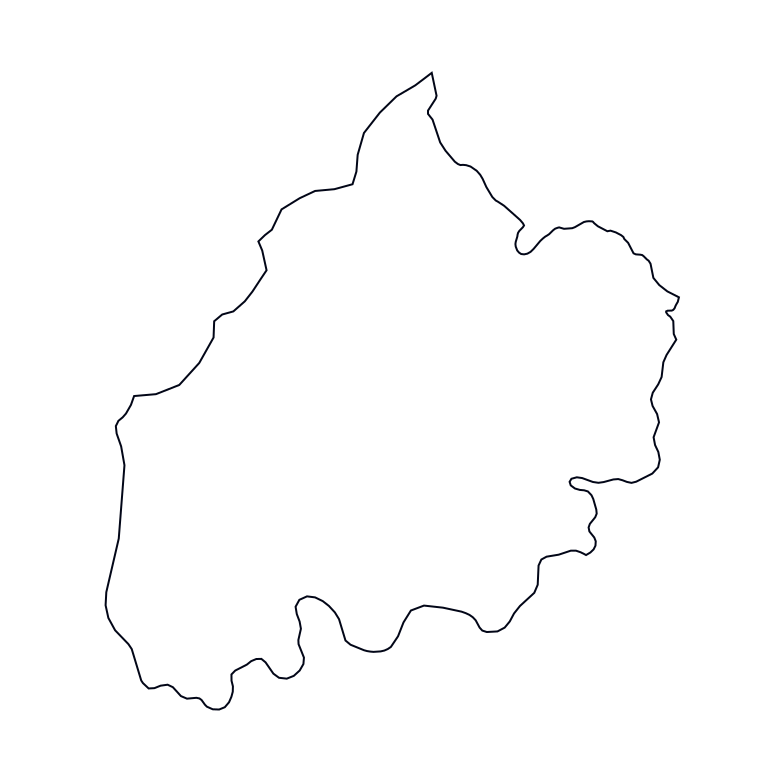 the border of Jammu and Kashmir, rotated 263°
{"feature_id": "IND-2431", "entity_name": "Jammu and Kashmir", "entity_type": "Union Territory", "adm_level": 1, "iso_a3": "IND", "parent_name": "India", "parent_adm1": "", "projection": "mercator", "projection_center": [75.016, 33.537], "detail": "fine", "context": "isolated", "style": "outline", "palette": "ink", "viewbox_px": 768, "rotation_deg": 263, "n_neighbors": 0, "source": "natural_earth", "source_scale": "10m", "svg_char_len": 3412}
<svg xmlns="http://www.w3.org/2000/svg" viewBox="0 0 768 768"><g transform="rotate(263 384 384)"><path d="M275.2,648.5L267.9,645.9L262.4,639.4L256.3,622.4L255.7,617.6L257.2,613.2L259.4,609.0L261.1,604.9L261.3,600.0L259.9,590.1L259.8,584.8L261.3,579.4L266.5,569.2L267.9,564.0L267.1,558.5L264.3,556.3L260.6,557.0L257.0,560.8L255.0,565.5L254.1,569.7L252.5,573.3L248.3,576.4L244.3,577.7L233.5,579.4L229.4,579.3L226.0,577.4L220.1,571.3L216.7,569.6L212.6,569.9L206.0,574.0L202.1,575.0L197.8,574.2L194.3,571.9L191.6,568.3L189.6,563.7L191.6,560.9L191.8,560.5L193.0,558.7L195.2,554.2L195.8,549.1L193.3,536.6L192.8,524.3L190.6,518.8L185.0,515.3L166.0,512.1L158.4,507.7L147.1,491.9L140.4,485.1L133.0,479.9L127.5,474.1L124.6,466.5L125.3,455.8L127.3,451.5L130.6,449.2L138.3,446.2L141.7,443.7L144.4,440.7L146.6,437.2L148.6,433.2L154.8,415.3L159.2,396.7L155.9,383.1L145.0,374.3L131.9,367.2L122.2,358.8L120.5,355.5L119.4,351.9L119.0,348.1L119.4,340.9L120.1,337.7L121.0,334.6L122.2,331.7L129.3,319.0L134.1,314.5L156.1,310.7L163.3,307.4L170.4,302.3L176.0,296.7L180.6,289.6L182.6,281.7L180.1,273.7L173.7,269.1L166.3,269.4L158.5,271.3L151.2,271.7L140.3,267.8L136.2,267.5L122.2,271.2L115.9,269.9L109.9,265.4L105.3,258.9L103.4,251.6L105.2,244.0L110.0,238.9L122.2,232.5L126.1,228.8L126.6,223.7L125.1,218.4L122.2,213.7L117.7,201.4L114.3,197.2L108.1,196.5L102.3,197.2L97.0,196.4L92.1,194.4L87.0,191.4L82.6,186.6L81.0,180.7L82.0,174.4L85.3,168.9L87.5,167.2L92.6,164.4L94.4,162.5L95.4,159.5L95.7,150.1L99.0,144.4L108.8,137.5L111.9,132.6L111.8,125.5L110.1,119.1L110.5,113.3L116.5,108.3L119.3,106.9L151.7,101.3L157.0,98.6L172.3,87.1L185.4,81.9L198.3,80.7L211.2,83.0L262.9,101.9L335.0,116.5L354.1,115.5L367.4,112.6L374.9,112.7L377.3,114.3L379.8,115.9L382.8,120.6L386.1,124.3L394.1,130.3L402.5,134.5L401.7,156.4L408.0,180.7L427.4,203.2L450.9,220.5L467.0,223.1L472.7,231.9L474.4,243.3L483.0,255.9L491.8,264.7L502.4,273.7L511.2,281.3L531.3,279.4L540.8,276.7L546.3,284.0L550.8,291.5L569.8,303.6L578.7,323.0L584.0,339.1L583.4,358.5L586.1,377.1L598.2,382.5L614.7,385.8L635.6,394.7L653.9,413.0L668.0,431.5L676.6,451.4L687.0,469.3L663.7,471.3L660.9,470.1L650.0,461.0L646.7,460.6L640.5,464.4L616.9,469.2L608.0,473.5L596.0,481.4L593.3,484.2L592.0,486.5L591.9,489.0L591.2,492.2L589.3,496.4L584.3,502.0L579.9,505.0L575.6,506.9L567.0,509.6L556.4,514.3L552.5,517.3L551.2,519.1L546.3,524.9L530.2,539.1L526.5,541.5L524.3,542.3L522.7,541.0L519.4,536.9L517.7,535.5L516.0,534.8L514.1,534.3L509.1,532.1L506.9,531.5L504.3,531.5L500.3,532.5L497.9,534.1L496.3,536.0L495.6,538.9L495.9,542.2L497.3,545.6L499.9,549.0L506.9,556.5L509.1,559.5L510.6,561.9L511.5,564.0L512.6,566.2L516.0,570.6L517.3,572.8L517.9,575.4L518.1,576.9L516.1,581.6L515.7,589.8L516.4,592.6L520.4,602.1L520.7,604.7L520.6,607.3L520.0,610.5L519.5,611.2L518.0,612.2L514.5,615.5L508.4,624.3L508.6,627.5L506.2,632.6L504.6,634.9L502.9,637.4L500.8,639.5L498.6,640.2L494.4,643.5L483.3,647.6L482.0,649.7L481.1,654.2L480.5,656.0L479.2,657.3L475.6,660.1L474.1,661.7L470.9,663.2L456.5,664.3L448.6,669.3L441.4,676.5L434.1,687.3L429.7,685.6L428.3,684.5L426.4,683.1L423.7,681.6L422.3,680.1L421.8,678.6L422.2,674.5L421.7,672.9L420.7,672.8L417.8,674.3L416.0,676.3L411.2,678.8L398.3,677.7L392.4,679.5L378.4,668.0L371.5,663.9L357.1,660.4L350.2,656.1L342.6,649.7L336.2,647.1L329.5,647.9L320.9,651.4L312.4,652.3L298.3,645.1L290.4,645.6L283.1,648.0L275.2,648.5Z" fill="none" stroke="#020617" stroke-width="2"/></g></svg>